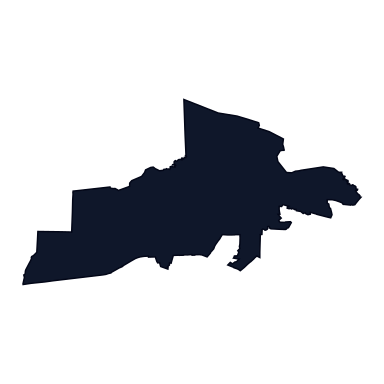 outline of Žīguru pag., Vilakas, Latvia
{"feature_id": "27541924B94505112001659", "entity_name": "Žīguru pag.", "entity_type": "district", "adm_level": 2, "iso_a3": "LVA", "parent_name": "Latvia", "parent_adm1": "Vilakas", "projection": "robinson", "projection_center": [27.752, 57.307], "detail": "fine", "context": "isolated", "style": "filled", "palette": "ink", "viewbox_px": 384, "rotation_deg": 0, "n_neighbors": 0, "source": "geoboundaries", "source_scale": "gbopen_adm2", "svg_char_len": 5732}
<svg xmlns="http://www.w3.org/2000/svg" viewBox="0 0 384 384"><path d="M31.3,259.1L30.4,261.1L29.2,263.3L25.8,269.8L25.4,271.0L25.2,273.5L24.9,274.1L24.6,274.6L24.2,274.9L23.8,275.0L24.2,276.6L24.4,276.6L24.3,278.1L23.9,279.7L23.0,283.8L23.1,284.5L31.1,283.3L37.9,282.6L44.8,281.9L53.5,280.7L102.6,274.9L105.8,274.4L109.4,273.2L109.8,273.3L111.0,272.8L110.9,272.6L117.1,269.1L119.0,268.0L122.1,266.7L122.7,266.2L122.3,266.0L124.3,265.0L131.2,260.9L135.4,258.5L137.2,257.8L138.7,257.3L140.2,256.9L142.7,256.5L144.3,256.3L148.5,256.1L148.5,257.1L155.3,256.9L156.8,261.4L157.7,262.9L159.6,262.7L160.5,266.0L160.7,266.5L167.9,269.1L168.0,268.6L167.8,268.2L167.4,267.8L167.5,267.6L168.0,267.4L167.9,267.2L167.4,266.9L167.4,266.7L167.5,266.5L167.7,266.4L168.3,266.2L168.5,265.9L169.3,265.2L169.5,264.8L169.3,264.1L169.5,262.9L171.1,263.2L171.8,260.6L173.3,255.4L178.7,255.2L179.0,255.3L183.6,255.2L183.7,254.8L187.4,254.9L191.8,254.5L192.0,255.2L194.8,255.1L194.9,254.7L199.4,254.6L201.9,254.9L207.1,256.9L209.5,254.1L210.4,253.0L211.0,251.7L212.0,250.8L212.8,249.8L213.7,248.8L214.2,247.4L214.5,246.5L215.4,244.8L217.9,241.2L219.8,238.8L220.7,237.1L222.3,234.6L227.5,234.9L232.1,234.9L235.1,234.8L235.5,234.6L240.0,234.7L240.0,236.8L240.1,237.5L239.9,244.1L239.4,246.6L239.9,248.5L237.8,250.7L238.8,252.1L237.4,255.8L234.4,256.0L233.8,257.7L233.5,258.1L239.1,259.1L236.5,261.7L234.7,262.1L232.6,263.9L230.3,262.4L227.8,265.0L234.3,267.6L234.2,267.8L237.4,268.9L238.9,269.7L240.1,270.6L240.3,270.7L244.4,267.3L247.5,264.3L250.4,261.8L250.6,261.8L253.3,259.3L253.5,259.2L254.5,258.0L256.8,256.0L259.8,257.5L259.8,252.0L260.1,241.3L260.3,234.9L260.8,234.7L260.6,234.5L261.2,234.4L261.9,234.4L262.0,232.5L262.1,229.8L262.0,229.7L262.6,229.1L262.8,229.0L263.8,229.3L264.2,229.5L265.0,230.2L265.6,230.1L266.4,229.8L267.2,229.3L267.8,228.4L267.9,228.1L267.7,227.4L267.6,226.7L268.2,226.4L268.9,226.4L269.2,226.6L269.4,226.9L269.9,228.3L270.9,228.8L280.1,229.3L285.3,229.5L286.5,229.0L286.9,228.2L288.2,227.8L288.6,227.4L291.3,222.6L290.5,221.7L285.5,222.0L284.7,222.4L279.7,222.2L278.7,220.4L281.2,218.1L280.4,217.3L278.1,214.3L279.9,214.2L279.4,211.6L279.1,209.1L279.2,206.3L281.6,206.5L282.9,204.6L288.7,206.2L287.4,206.9L287.2,208.2L289.0,208.7L291.0,208.5L291.6,209.0L292.7,208.4L293.5,208.9L295.0,209.7L296.0,209.4L296.4,210.7L300.8,211.5L303.2,213.5L305.3,212.7L305.8,213.7L307.9,214.7L310.3,214.2L310.3,212.3L316.6,214.1L316.7,214.3L325.6,216.6L328.8,217.4L330.7,217.8L332.0,214.8L331.5,212.3L330.7,209.3L330.5,208.4L329.4,207.8L328.9,205.1L328.8,204.1L327.2,203.1L327.2,199.7L332.2,199.7L335.8,200.5L339.0,201.6L342.1,202.8L342.9,204.1L343.4,204.4L344.2,204.4L350.8,205.1L351.0,205.0L351.2,204.8L351.3,204.5L351.9,204.8L352.8,205.1L354.8,204.7L356.0,203.1L358.9,199.5L359.0,199.4L361.0,197.2L360.2,197.0L359.8,196.7L359.8,195.9L359.9,195.7L359.1,194.8L357.6,193.7L355.6,191.0L355.5,190.5L355.6,190.4L356.1,190.5L356.6,190.5L357.0,190.4L357.4,190.1L357.5,189.8L357.6,189.3L356.6,189.1L355.8,188.6L355.9,188.2L355.7,187.7L356.0,187.3L356.0,187.2L355.9,186.9L355.7,186.6L355.3,186.3L355.2,186.1L353.7,185.5L352.9,184.8L352.4,184.8L352.2,185.0L351.9,185.4L351.6,185.5L351.0,185.3L350.0,185.0L349.6,184.4L349.5,184.2L349.5,183.8L349.1,183.7L348.9,183.4L348.6,183.4L348.5,183.5L348.6,183.9L348.6,184.1L348.0,184.3L347.5,184.0L347.4,183.7L347.3,183.2L347.5,182.5L347.5,182.4L347.8,182.4L348.0,181.9L347.5,181.6L346.9,181.5L346.7,181.3L346.9,181.1L347.8,180.9L348.0,180.8L347.9,180.5L347.8,180.4L347.5,180.3L346.8,180.3L346.6,180.1L346.5,179.9L346.4,179.8L345.9,179.8L345.7,179.9L345.3,179.7L345.3,179.3L345.1,179.2L344.5,179.2L344.2,179.3L343.9,179.3L343.7,179.5L343.4,179.6L343.0,179.5L342.8,179.3L342.8,179.1L343.3,178.7L343.6,178.6L344.1,178.7L344.4,178.6L344.5,178.3L344.4,178.0L344.1,177.6L343.8,177.5L343.6,177.2L343.9,177.1L344.6,176.9L345.0,176.7L345.0,176.4L344.6,176.2L343.6,176.2L342.4,175.5L342.3,175.2L342.4,174.9L342.4,174.7L342.3,174.2L342.2,174.1L341.4,173.6L341.4,173.4L341.6,172.9L341.2,172.7L341.4,172.3L338.7,172.3L333.9,168.5L323.3,166.9L301.0,170.3L299.1,170.8L295.4,171.2L291.8,172.8L286.5,172.5L277.9,161.6L276.8,156.3L280.0,151.0L279.9,150.8L281.8,150.4L282.9,150.3L284.0,150.3L284.2,150.1L283.9,148.9L283.5,146.9L282.7,144.4L283.4,139.0L269.5,131.8L258.0,128.0L259.3,125.4L258.7,122.8L250.6,120.2L237.1,116.1L218.1,113.0L183.9,99.5L185.1,134.7L185.9,153.3L185.9,153.5L186.0,155.4L185.5,155.5L185.6,155.9L186.5,156.4L186.0,157.5L185.8,157.6L184.7,157.3L184.3,157.4L184.1,158.7L183.7,158.8L183.2,158.6L182.3,158.1L181.9,158.0L181.7,158.2L181.8,158.4L182.7,158.9L182.7,159.4L182.2,159.7L181.7,159.7L180.5,159.4L178.7,159.6L178.1,160.0L177.0,161.2L176.6,161.3L176.3,161.2L175.5,160.6L175.2,160.7L174.2,161.6L174.1,162.1L174.2,163.3L174.5,163.8L174.1,164.3L173.7,164.5L173.1,164.5L172.6,164.7L172.5,165.0L173.3,165.0L175.4,165.0L175.6,165.1L175.7,165.3L175.4,165.6L174.8,166.2L175.0,167.0L174.8,167.0L174.1,166.9L173.0,166.8L172.4,166.7L171.1,166.5L170.2,166.8L170.1,167.1L170.4,168.4L170.3,168.6L169.9,168.8L169.7,169.4L168.7,169.0L167.0,169.1L166.6,168.7L166.4,168.7L165.6,169.3L165.2,169.4L164.0,169.3L163.7,169.6L163.3,170.3L160.9,170.6L159.7,170.7L159.1,170.7L158.2,170.1L155.1,168.6L154.2,167.8L153.2,167.1L150.6,167.5L145.6,169.9L145.5,170.1L144.6,172.5L141.8,176.2L141.7,176.4L141.6,176.5L141.2,176.6L131.9,180.6L131.6,180.8L129.7,183.1L129.7,183.4L129.6,186.4L118.3,190.5L117.3,189.7L115.0,188.5L113.3,188.6L110.6,188.2L110.2,187.8L110.0,187.0L76.2,190.8L73.1,191.1L72.9,193.0L73.1,193.3L72.7,200.1L72.4,212.7L71.7,232.0L70.1,232.0L60.8,231.8L37.9,231.5L37.5,239.5L36.8,252.3L34.1,255.0L33.3,255.7L31.8,256.5L31.4,257.2L31.3,257.7L31.5,258.3L31.3,259.1Z" fill="#0f172a" stroke="#020617" stroke-width="1.5"/></svg>